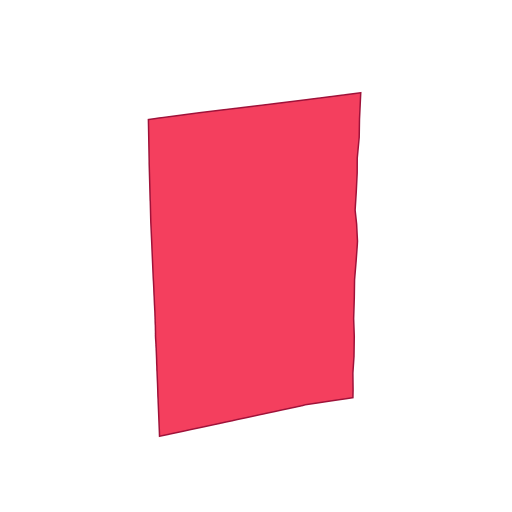 Zandvoort, Noord-Holland, Netherlands (Natural Earth projection), rotated 154°
{"feature_id": "6326949B44029658680347", "entity_name": "Zandvoort", "entity_type": "district", "adm_level": 2, "iso_a3": "NLD", "parent_name": "Netherlands", "parent_adm1": "Noord-Holland", "projection": "natural_earth1", "projection_center": [4.556, 52.36], "detail": "fine", "context": "isolated", "style": "filled", "palette": "rose", "viewbox_px": 512, "rotation_deg": 154, "n_neighbors": 0, "source": "geoboundaries", "source_scale": "gbopen_adm2", "svg_char_len": 2477}
<svg xmlns="http://www.w3.org/2000/svg" viewBox="0 0 512 512"><g transform="rotate(154 256 256)"><path d="M231.0,86.2L227.5,93.0L220.2,108.4L212.0,122.7L203.0,140.5L195.7,156.9L190.0,167.7L186.1,175.1L177.8,191.5L168.5,207.1L160.2,221.4L158.3,224.8L155.8,230.7L151.6,240.5L146.8,253.8L138.0,269.3L128.6,286.4L122.1,299.6L111.3,317.3L108.9,322.0L102.9,333.8L94.8,348.6L90.3,356.8L137.2,372.7L139.3,373.4L141.7,374.2L154.5,378.6L190.5,391.0L222.4,402.1L243.5,409.4L281.4,422.1L282.8,422.6L286.1,423.6L289.5,424.7L292.3,425.6L292.9,425.8L310.6,387.7L311.3,386.3L326.8,352.2L327.0,351.6L335.6,332.8L345.3,310.4L345.8,309.3L357.9,281.5L358.7,279.6L358.8,279.4L358.9,279.1L359.3,278.1L362.0,271.8L364.4,266.4L365.6,263.5L366.0,262.6L368.6,256.7L369.0,255.7L369.3,255.0L369.5,254.5L369.6,254.3L369.8,253.9L370.1,253.1L370.3,252.8L370.5,252.2L371.2,250.5L371.7,249.4L371.9,248.9L372.0,248.7L372.7,247.2L373.9,244.4L374.0,244.2L374.2,243.9L374.6,242.8L375.0,242.1L375.4,241.2L375.6,240.6L375.7,240.3L375.8,240.3L376.5,238.7L376.7,238.1L377.0,237.5L377.4,236.6L377.5,236.4L377.9,235.5L378.2,234.9L379.0,233.2L379.1,232.9L379.3,232.5L379.8,231.4L380.4,230.3L380.4,230.2L380.5,229.9L380.6,229.7L380.8,229.4L381.0,229.0L381.3,228.4L381.4,228.1L381.6,227.7L382.0,226.8L382.3,226.0L382.4,225.9L382.8,224.8L383.0,224.5L383.1,224.1L383.6,222.9L383.8,222.4L384.2,221.5L384.4,221.0L384.8,220.0L384.9,219.8L385.0,219.7L385.3,219.0L385.6,218.2L386.0,217.3L386.0,217.2L386.1,216.9L386.6,215.9L387.5,213.8L389.3,209.7L390.8,206.3L392.2,203.3L393.6,200.0L395.1,196.8L395.6,195.5L396.8,192.8L398.9,188.0L400.6,184.1L403.1,178.5L405.6,173.0L406.9,169.9L407.6,168.4L409.3,164.5L420.1,139.9L421.0,137.9L421.2,137.5L421.7,136.3L412.3,133.9L412.0,133.9L410.5,133.5L398.2,130.4L391.0,128.7L377.6,125.3L374.3,124.5L355.5,119.9L349.4,118.3L348.9,118.2L348.3,118.1L346.2,117.6L345.2,117.4L343.2,116.9L335.8,115.0L335.4,114.9L325.5,112.5L321.7,111.6L318.7,110.8L316.5,110.3L312.5,109.3L307.0,107.9L300.3,106.3L298.7,105.9L294.8,104.9L292.4,104.3L291.8,104.2L291.7,104.2L291.1,104.0L290.9,104.0L290.8,103.9L290.2,103.8L290.0,103.7L289.8,103.7L288.8,103.4L287.9,103.2L287.3,103.0L285.9,102.7L285.6,102.6L285.0,102.5L284.3,102.3L283.4,102.1L283.2,102.0L282.8,101.9L282.3,101.8L282.2,101.8L282.0,101.7L281.9,101.7L281.3,101.6L280.9,101.5L280.2,101.3L280.0,101.2L279.3,101.1L276.9,100.7L270.0,98.5L265.3,97.0L256.6,94.3L246.5,91.1L237.8,88.3L231.0,86.2Z" fill="#f43f5e" stroke="#9f1239" stroke-width="1.5"/></g></svg>